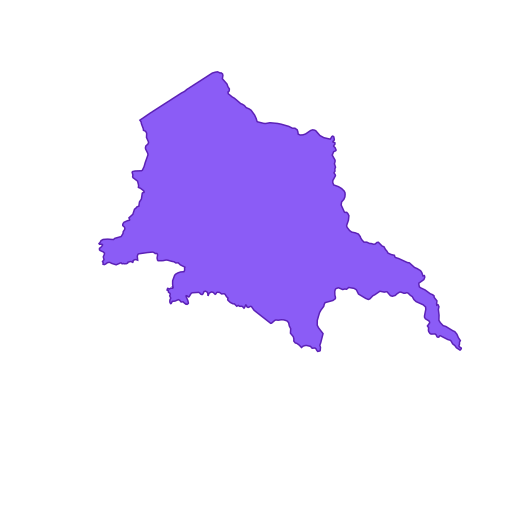 Mchinji, Mchinji, Malawi, rotated 331°
{"feature_id": "42251766B46471952803478", "entity_name": "Mchinji", "entity_type": "district", "adm_level": 2, "iso_a3": "MWI", "parent_name": "Malawi", "parent_adm1": "Mchinji", "projection": "albers", "projection_center": [33.098, -13.779], "detail": "fine", "context": "isolated", "style": "filled", "palette": "violet", "viewbox_px": 512, "rotation_deg": 331, "n_neighbors": 0, "source": "geoboundaries", "source_scale": "gbopen_adm2", "svg_char_len": 6143}
<svg xmlns="http://www.w3.org/2000/svg" viewBox="0 0 512 512"><g transform="rotate(331 256 256)"><path d="M220.3,80.9L220.5,83.0L219.9,84.8L219.1,90.1L218.5,91.5L219.7,93.1L220.0,94.8L219.7,96.0L217.7,99.2L217.3,103.7L216.9,104.8L215.9,105.6L212.9,106.4L211.7,107.8L211.3,108.9L211.1,113.7L210.5,115.2L204.5,120.5L201.4,123.6L198.2,125.9L197.1,125.9L191.4,123.0L188.9,122.3L188.2,122.8L187.6,125.4L186.5,126.9L186.4,127.9L188.7,133.1L187.6,137.2L186.4,139.0L187.7,140.7L188.4,142.2L189.4,144.6L189.2,145.8L188.6,146.1L187.9,145.7L187.0,145.9L183.4,150.6L180.3,152.2L177.7,155.6L175.6,155.3L174.5,155.8L172.4,156.2L168.5,159.8L163.4,161.0L163.1,163.0L162.7,163.4L160.7,162.8L156.9,162.5L155.8,163.0L154.8,163.7L154.2,164.8L155.0,167.1L154.5,168.6L153.9,169.2L151.8,170.2L150.5,171.9L147.5,173.6L141.1,172.1L139.3,172.5L134.4,169.3L130.3,167.4L128.0,167.4L126.1,168.6L124.7,169.0L124.8,169.9L127.0,171.0L127.2,171.9L125.4,173.0L122.8,173.4L122.1,174.7L122.3,175.6L124.4,178.4L124.9,180.0L124.1,181.1L122.0,182.7L121.3,185.5L119.0,186.5L119.1,187.6L118.2,189.1L119.2,190.0L120.7,190.1L122.9,189.8L124.3,190.3L125.1,190.8L126.1,192.4L129.4,195.9L134.3,196.4L134.8,196.8L135.1,197.9L136.6,198.4L136.9,198.9L138.9,199.9L140.3,200.0L140.9,199.4L143.3,199.9L144.1,200.4L145.1,201.8L145.7,201.5L146.2,200.5L148.1,200.4L149.2,200.9L150.5,202.3L152.1,198.6L153.5,197.3L154.4,197.2L162.6,200.3L167.6,202.5L168.8,204.1L169.0,205.0L170.5,205.7L170.7,206.5L170.4,207.4L168.5,209.8L167.9,211.8L168.1,212.7L172.4,215.0L175.4,215.9L176.8,216.9L179.9,220.0L181.6,221.4L182.4,223.1L184.7,224.3L185.5,227.0L188.4,231.3L187.5,232.2L186.8,233.7L185.4,234.8L182.3,233.4L179.6,232.9L177.0,232.9L175.5,233.4L171.1,237.2L169.4,240.2L168.3,243.1L168.0,242.8L167.9,243.5L167.4,243.8L165.8,242.8L164.3,242.9L163.2,241.5L162.4,241.9L161.7,242.7L162.5,243.6L161.9,245.2L162.7,247.1L162.2,248.2L161.2,249.0L161.0,251.5L159.4,252.7L158.3,254.5L158.2,256.2L158.8,256.4L160.8,255.1L163.4,256.2L166.9,256.5L167.8,257.8L168.2,259.9L170.0,260.7L170.7,263.0L171.5,263.6L171.3,264.2L172.3,264.9L173.8,264.7L174.1,264.3L174.8,261.9L175.2,257.6L175.7,256.9L176.3,257.3L177.1,259.1L177.7,259.2L181.3,257.2L182.5,257.3L188.2,260.0L188.8,260.9L189.2,262.6L190.1,263.6L191.1,263.5L193.4,261.9L194.8,262.3L195.8,264.0L195.6,265.6L194.9,267.0L195.2,267.3L196.9,265.8L199.5,265.8L200.9,267.0L201.7,269.7L202.4,269.7L203.9,268.9L204.7,269.0L206.4,270.1L207.5,272.5L209.8,273.5L210.4,274.5L210.5,277.3L211.1,279.2L210.2,280.2L210.0,281.1L211.0,284.2L212.8,286.8L213.9,287.4L214.8,290.6L216.5,290.6L217.3,292.1L219.3,293.1L219.8,294.1L220.2,295.8L220.7,295.7L223.3,293.9L223.7,294.4L223.4,295.9L223.9,296.9L224.5,297.3L226.7,297.3L227.5,298.0L228.0,302.6L236.2,322.0L237.1,322.3L241.3,321.4L242.4,321.6L244.4,323.0L247.2,324.0L249.3,325.3L251.6,327.7L252.2,330.1L251.2,333.4L251.1,336.4L248.7,340.2L249.5,344.7L248.9,346.9L247.8,348.8L248.2,351.1L249.4,352.3L250.7,355.1L251.4,358.1L253.6,357.7L255.4,358.1L256.8,358.7L259.8,361.4L260.4,363.9L262.9,365.0L263.5,366.3L263.4,367.8L263.7,369.4L265.8,370.0L266.4,369.7L268.1,367.2L268.5,365.0L270.3,363.5L277.0,356.4L275.9,349.2L276.0,346.2L278.4,342.0L281.7,338.7L284.2,336.3L286.6,334.8L290.8,332.9L292.5,331.1L293.9,330.3L301.7,332.2L304.7,331.8L305.5,330.6L306.0,328.5L307.7,325.2L309.1,323.7L310.1,323.3L312.7,323.7L315.6,327.4L317.7,327.9L319.1,329.0L321.9,328.5L326.1,331.9L327.4,334.2L327.2,339.0L331.4,346.3L333.2,348.5L334.8,348.7L339.0,347.4L341.0,347.5L347.3,346.9L350.7,349.8L352.6,350.4L353.3,351.0L354.3,355.8L355.7,357.3L358.7,358.0L361.1,357.4L364.0,357.2L365.2,357.8L367.3,360.3L368.6,360.9L370.2,361.2L371.0,362.2L371.9,365.2L373.0,367.3L373.0,370.7L373.9,373.5L378.6,379.8L379.6,382.8L378.6,385.0L374.4,390.0L373.7,391.2L373.7,393.0L375.8,396.7L375.8,397.9L375.4,398.7L372.0,400.3L372.2,402.4L370.8,404.5L370.4,405.8L370.6,408.1L371.2,409.1L374.8,411.0L375.3,412.0L375.2,414.4L375.5,415.0L376.5,415.6L377.7,414.9L378.5,415.0L383.2,422.0L385.0,423.8L385.4,424.9L385.4,428.2L386.5,430.8L386.8,433.4L388.8,437.2L389.3,437.2L390.6,436.6L390.9,436.0L389.9,434.0L389.9,433.0L391.2,431.8L392.3,429.9L393.7,429.1L393.4,425.6L393.8,421.8L393.2,418.5L391.9,416.8L387.9,409.7L385.9,407.6L384.9,403.7L384.8,400.9L387.4,396.5L389.6,391.1L391.4,389.1L391.6,386.9L391.4,386.6L390.3,386.6L390.8,385.3L392.5,383.0L391.8,378.7L392.4,377.0L391.9,376.3L391.9,375.7L390.1,373.5L387.4,367.6L384.6,363.7L383.9,362.2L384.8,359.4L385.3,358.7L391.4,358.0L393.2,356.5L393.7,355.4L393.7,354.7L392.4,354.4L393.0,350.7L392.8,348.6L390.9,345.2L389.1,342.9L386.8,336.3L385.3,335.2L379.5,327.3L377.3,325.0L377.0,323.9L377.4,322.5L374.9,320.2L372.9,317.5L372.8,314.8L372.4,313.2L372.4,309.9L371.2,308.6L369.7,303.3L368.4,302.8L366.0,303.3L364.6,302.8L362.9,301.0L361.4,300.1L359.6,297.6L357.2,296.3L356.5,293.6L356.3,291.2L356.6,289.5L356.2,286.4L353.9,283.7L351.3,281.5L350.2,279.1L349.6,275.4L349.7,274.1L350.1,273.2L354.2,269.5L356.8,265.8L356.9,263.5L356.5,261.8L354.8,260.9L354.6,260.3L355.2,252.7L357.1,250.2L360.4,249.0L362.4,247.4L363.7,245.5L364.5,243.8L364.6,241.9L363.6,238.5L361.8,235.4L358.4,231.5L358.7,229.1L359.7,227.3L364.4,224.3L364.7,223.2L364.5,221.3L364.8,220.8L366.2,220.1L367.2,218.0L368.6,216.9L369.3,213.4L371.0,211.6L371.6,210.5L371.6,204.7L374.5,202.4L376.6,202.6L377.4,202.2L377.7,199.6L377.1,197.7L377.4,197.2L379.2,196.5L379.7,195.7L379.9,195.1L378.8,194.0L378.6,193.4L379.1,193.0L380.4,192.7L381.0,192.0L381.8,189.5L381.5,188.7L381.2,188.3L380.3,188.3L377.6,189.8L372.7,185.4L370.3,181.6L369.0,175.4L368.2,174.3L366.7,173.1L364.5,172.7L358.5,173.3L355.8,172.8L353.3,171.6L352.0,169.9L352.9,167.4L353.2,165.6L352.0,163.1L349.9,162.0L347.5,158.5L341.9,152.9L339.1,150.5L332.8,146.2L328.7,144.8L327.1,143.8L322.3,139.3L322.2,138.5L322.8,135.9L323.1,132.0L322.4,126.2L321.3,124.0L319.3,121.4L318.8,118.8L317.6,116.6L316.5,115.3L313.6,107.5L312.3,105.4L310.4,100.6L311.0,99.0L311.9,99.0L312.7,98.5L313.7,97.0L313.5,94.2L314.0,91.6L312.5,84.7L314.6,82.0L315.0,80.5L314.2,78.8L313.4,78.6L311.7,76.3L309.6,75.5L306.5,74.8L276.3,76.8L273.2,77.4L269.8,77.3L232.9,79.7L220.3,80.9Z" fill="#8b5cf6" stroke="#5b21b6" stroke-width="1.5"/></g></svg>